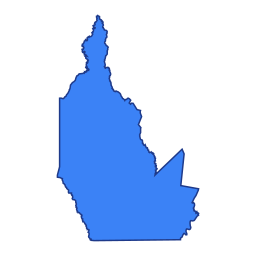 Serenje, Central, Zambia (Equal Earth projection)
{"feature_id": "96606910B77122166525946", "entity_name": "Serenje", "entity_type": "district", "adm_level": 2, "iso_a3": "ZMB", "parent_name": "Zambia", "parent_adm1": "Central", "projection": "equal_earth", "projection_center": [30.192, -13.189], "detail": "fine", "context": "isolated", "style": "filled", "palette": "blue", "viewbox_px": 256, "rotation_deg": 0, "n_neighbors": 0, "source": "geoboundaries", "source_scale": "gbopen_adm2", "svg_char_len": 5603}
<svg xmlns="http://www.w3.org/2000/svg" viewBox="0 0 256 256"><path d="M59.6,98.2L59.6,166.8L57.4,175.2L57.4,177.2L60.6,177.7L61.3,178.4L62.4,178.6L62.2,179.9L62.9,181.3L63.2,183.3L64.0,183.6L64.5,184.5L64.9,184.7L65.6,187.0L66.5,187.4L66.7,188.5L68.6,190.1L68.4,192.1L68.7,193.0L71.5,193.1L71.3,194.2L71.8,194.7L71.8,195.2L72.4,195.3L72.7,197.4L72.2,198.7L73.1,199.7L74.4,199.6L75.7,200.8L75.8,202.5L76.2,202.9L76.1,203.8L76.4,204.1L75.8,205.5L76.1,206.1L76.0,206.9L76.4,207.0L76.3,207.6L77.0,208.1L76.6,209.1L76.7,210.0L77.3,210.8L77.2,211.5L77.5,211.4L77.6,211.9L78.1,212.2L78.0,212.6L79.4,212.7L80.4,214.1L81.2,214.4L81.5,215.3L81.9,215.3L81.8,216.1L81.3,216.3L81.4,217.2L81.7,218.2L82.7,219.0L82.3,219.4L82.8,221.5L83.2,221.2L84.5,222.8L84.9,223.7L85.4,224.0L85.4,224.5L86.2,225.2L86.3,225.6L86.0,226.1L86.5,227.0L86.7,227.9L86.6,228.3L87.4,229.0L87.3,229.6L88.6,229.6L89.0,229.9L88.5,231.7L88.1,232.2L88.7,232.6L89.2,233.8L88.6,236.6L88.9,237.4L89.8,238.3L90.2,239.5L91.0,239.1L91.2,239.5L91.1,240.3L94.2,240.6L180.5,239.7L180.5,238.7L180.7,238.0L182.2,236.9L182.7,235.3L183.8,233.5L184.6,233.5L185.7,234.8L186.7,234.8L186.9,234.0L185.9,231.1L186.4,229.2L186.9,228.9L189.3,229.6L190.0,229.3L190.5,228.6L190.8,227.3L190.3,225.9L190.0,223.3L190.1,221.8L190.5,220.9L190.9,220.6L192.4,220.9L193.9,220.6L194.5,220.1L197.1,216.2L198.5,215.2L198.3,214.8L197.9,214.9L197.9,214.6L198.2,214.3L198.2,213.8L198.6,213.6L198.5,213.3L197.9,213.5L197.7,212.8L197.3,212.3L196.7,212.8L196.6,211.9L196.0,212.6L196.0,211.9L195.7,211.9L195.4,211.2L194.7,211.1L194.4,210.4L194.1,210.7L193.8,210.1L193.8,208.5L193.5,208.5L193.4,208.0L194.0,207.2L194.6,205.2L194.4,203.6L193.6,202.7L193.0,203.1L192.1,202.7L194.2,198.2L196.0,195.5L198.3,190.2L198.6,188.8L180.8,185.6L184.1,153.9L182.1,149.2L155.1,175.0L155.3,174.2L155.1,173.9L155.4,173.1L155.7,172.3L156.3,172.1L155.6,171.3L155.5,170.4L155.9,170.5L156.3,170.0L156.3,169.2L156.7,169.3L157.1,168.8L156.6,168.3L156.2,168.4L156.0,167.8L156.3,165.5L156.0,165.3L155.5,165.7L155.8,163.7L155.1,163.3L154.7,163.5L154.5,163.1L154.7,162.0L154.4,161.6L154.6,161.0L155.4,160.9L155.1,158.9L155.5,158.2L155.1,157.8L154.6,157.7L154.8,156.5L154.3,156.3L154.3,155.8L153.6,154.5L153.7,153.7L153.1,153.4L152.7,153.8L152.5,153.5L152.7,153.1L152.3,153.1L152.3,152.7L152.0,152.5L151.7,152.8L151.2,152.0L150.9,152.4L150.0,152.3L149.6,152.6L148.9,152.1L148.9,151.3L148.4,150.6L148.5,150.2L147.9,150.1L147.4,147.9L147.0,148.1L146.2,147.6L145.1,144.6L144.3,145.4L143.4,144.8L143.0,143.2L142.5,143.2L142.5,140.8L142.0,139.9L141.0,139.7L140.4,139.0L139.7,136.2L139.9,135.9L139.6,134.9L140.6,132.6L140.6,128.6L140.9,127.7L138.4,124.6L141.6,116.6L140.3,113.1L140.2,111.5L140.5,110.5L137.0,109.6L133.1,103.3L131.4,103.2L130.6,104.2L129.2,103.0L130.7,100.2L129.5,98.9L128.4,98.2L127.6,98.3L126.6,99.4L125.3,99.6L124.8,100.5L124.4,99.8L123.4,98.8L122.6,98.5L122.1,97.3L121.2,96.2L120.5,94.1L119.7,93.1L117.9,91.7L117.0,91.6L116.5,91.1L115.4,91.2L115.2,91.6L114.2,91.2L113.7,90.8L113.7,90.2L113.2,89.9L113.2,89.4L112.8,89.3L112.5,88.5L112.4,88.8L112.1,88.5L112.4,88.2L112.0,86.8L111.2,85.5L111.3,85.3L111.0,84.3L111.1,83.8L110.8,83.3L110.9,82.3L110.4,81.9L110.3,81.1L109.7,80.9L109.7,79.7L109.2,78.7L109.6,77.5L109.4,77.0L109.6,75.8L110.2,75.7L110.7,74.1L110.3,72.6L109.7,71.5L109.8,70.4L109.3,70.3L109.4,68.9L109.2,68.3L108.9,68.4L108.5,67.7L107.9,67.7L107.8,67.3L105.9,67.7L105.4,68.2L105.1,68.0L105.2,67.3L104.6,67.0L104.4,66.5L105.1,65.9L105.2,64.5L104.3,61.4L104.8,60.4L104.5,59.9L105.1,59.0L105.7,55.8L106.0,55.7L107.2,54.1L107.3,51.5L107.1,51.1L107.8,49.5L107.7,48.2L108.2,47.2L107.2,46.0L106.3,45.7L105.6,44.1L104.7,43.3L104.7,41.9L105.4,41.1L105.5,40.1L105.3,39.8L105.6,39.3L105.8,38.1L106.7,37.5L106.9,36.7L106.4,34.5L107.0,33.3L106.8,33.1L106.9,32.4L107.2,32.1L107.1,31.3L106.5,30.5L104.4,30.0L104.2,29.1L103.7,28.8L103.5,28.2L103.1,27.8L103.2,27.5L102.7,27.3L102.7,26.4L103.4,25.1L103.1,24.2L102.7,23.8L102.8,23.4L102.4,23.2L103.0,22.5L103.0,22.1L102.4,21.2L101.9,21.0L102.0,20.8L101.6,20.3L101.4,20.7L101.3,20.0L99.5,19.0L99.7,18.0L99.3,17.4L99.5,16.5L98.2,16.0L97.7,15.4L97.4,15.5L96.9,16.5L96.5,16.5L96.6,17.7L97.2,18.2L96.7,19.1L97.1,20.4L96.1,21.7L95.6,21.9L95.6,22.3L94.9,22.5L94.9,23.2L94.6,23.4L95.1,24.4L94.7,25.1L93.7,25.2L93.0,25.8L94.1,27.2L95.1,27.6L95.2,27.9L94.7,28.6L94.2,28.3L94.2,27.7L93.6,27.6L92.7,28.7L93.3,29.4L93.5,30.8L92.8,32.4L92.5,32.2L92.4,32.6L91.9,32.8L92.7,34.2L92.2,34.9L92.0,35.6L91.1,36.5L90.0,36.7L89.5,36.3L89.0,37.4L88.7,37.4L88.4,36.8L87.4,37.5L87.0,38.2L87.5,39.1L87.4,39.9L87.1,39.8L86.9,40.4L86.5,40.1L86.2,40.5L85.5,39.8L85.3,40.7L84.4,41.0L83.8,43.0L83.0,43.7L82.7,44.9L82.4,44.8L82.5,45.2L82.0,45.7L82.1,46.2L82.7,46.6L83.4,46.5L83.3,46.9L83.9,47.8L83.2,49.3L82.3,49.1L82.0,49.3L82.4,50.4L82.3,51.7L82.7,52.4L83.1,52.6L84.2,51.4L85.0,52.0L84.2,53.0L84.3,54.1L84.5,53.9L84.5,54.3L85.5,55.3L85.9,54.9L86.8,56.0L85.3,55.5L84.9,56.1L85.7,56.8L85.9,58.4L86.7,58.5L87.1,59.4L87.6,59.5L87.6,59.9L88.0,59.9L88.2,60.4L87.7,60.6L87.9,61.6L87.6,61.5L86.7,62.3L87.2,62.5L87.3,63.1L86.7,63.1L86.3,64.0L86.3,65.3L86.6,66.3L86.7,66.1L87.0,66.6L87.1,67.1L86.5,67.4L86.5,67.2L86.0,66.8L85.7,67.4L86.8,68.6L87.6,68.4L88.1,69.3L88.6,69.1L88.8,69.6L88.5,69.7L88.5,70.4L87.3,70.2L87.4,70.6L87.1,70.9L86.5,70.7L86.2,71.0L86.3,71.6L85.9,71.5L85.6,72.1L85.0,71.9L85.1,72.1L84.7,72.1L84.5,72.6L84.4,72.4L83.1,73.4L79.1,73.9L77.8,75.5L76.8,75.9L75.9,78.0L75.3,80.3L73.9,81.7L72.4,82.6L70.5,85.1L70.1,88.1L69.7,89.3L69.3,89.7L69.4,90.2L67.9,93.2L66.5,94.9L66.0,96.2L64.8,96.9L64.3,97.8L63.1,98.7L61.0,98.1L59.6,98.2Z" fill="#3b82f6" stroke="#1e3a8a" stroke-width="1.5"/></svg>